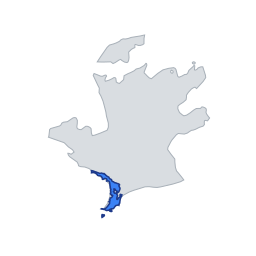 Baku City, Bakı, Azerbaijan shown in context, rotated 111°
{"feature_id": "54616110B61947743987915", "entity_name": "Baku City", "entity_type": "district", "adm_level": 2, "iso_a3": "AZE", "parent_name": "Azerbaijan", "parent_adm1": "Bakı", "projection": "equal_earth", "projection_center": [49.825, 40.136], "detail": "fine", "context": "in_parent", "style": "filled", "palette": "blue", "viewbox_px": 256, "rotation_deg": 111, "n_neighbors": 0, "source": "geoboundaries", "source_scale": "gbopen_adm2", "svg_char_len": 8444}
<svg xmlns="http://www.w3.org/2000/svg" viewBox="0 0 256 256"><g transform="rotate(111 128 128)"><path d="M165.1,199.0L164.2,198.9L157.6,200.6L156.2,200.0L150.7,192.7L149.5,191.8L147.1,191.5L145.7,190.3L144.6,188.3L143.9,186.9L138.2,182.9L137.3,181.4L137.2,180.1L138.1,179.0L139.1,178.0L141.9,177.0L145.2,176.2L146.3,175.5L146.8,174.5L146.8,172.8L146.3,171.1L141.6,168.1L141.0,166.8L140.9,165.2L141.2,163.5L141.9,162.2L145.8,160.4L147.9,158.6L146.6,156.5L142.5,151.8L137.6,146.7L134.3,146.6L130.5,148.1L124.4,152.5L121.0,154.4L116.6,157.5L111.8,161.0L107.9,164.7L105.4,167.7L101.0,169.1L98.8,171.6L91.4,179.3L89.3,179.2L89.3,175.4L89.4,172.4L89.0,170.6L86.7,168.2L86.6,167.2L87.3,166.6L89.1,167.0L91.4,166.8L92.5,165.9L90.1,162.8L87.9,160.7L86.1,159.3L85.7,158.4L85.7,157.8L86.1,157.1L89.3,155.4L89.6,153.8L89.5,152.0L84.4,149.4L80.6,150.4L77.3,147.5L75.1,145.2L72.4,142.8L70.0,141.5L67.8,138.4L63.8,135.3L61.2,134.4L61.2,133.9L61.7,133.4L62.8,132.9L70.0,133.0L70.9,132.5L71.4,131.1L72.4,129.1L73.6,126.2L73.6,123.8L66.4,119.8L61.2,116.2L57.7,111.4L55.3,107.0L55.4,105.5L56.2,104.2L61.9,100.1L62.3,99.1L62.2,98.4L60.2,96.3L57.7,94.2L57.0,92.6L55.4,91.9L52.4,91.8L47.2,89.2L46.1,88.9L45.9,88.4L46.1,87.9L49.9,86.8L49.9,86.0L48.8,84.8L46.7,84.0L44.8,81.9L44.1,80.1L51.0,74.6L53.1,73.5L57.5,74.5L66.6,78.1L65.9,80.1L66.9,81.3L68.9,82.8L73.0,84.4L76.4,85.2L78.1,84.5L80.8,83.9L84.2,85.7L87.3,88.0L88.9,88.9L89.7,89.2L92.2,88.4L95.1,85.5L96.3,81.9L96.6,80.2L95.0,77.9L91.6,75.4L87.7,73.1L85.3,71.2L83.7,67.3L82.1,66.8L81.7,66.3L81.5,65.0L81.6,63.2L82.2,61.8L83.8,61.1L85.3,60.9L86.8,59.6L88.6,56.9L89.4,55.4L92.8,56.3L93.2,58.7L93.8,59.2L95.2,58.9L97.5,57.9L99.4,58.6L101.7,61.5L105.0,64.5L106.7,66.5L107.4,67.9L109.1,69.2L111.5,70.8L113.5,73.3L115.1,79.1L116.9,80.4L123.2,82.6L125.5,83.1L131.7,83.8L133.9,83.3L137.2,78.3L140.2,73.2L142.9,72.1L147.8,69.6L150.7,67.3L152.0,64.8L154.8,60.0L156.5,57.3L159.3,59.7L164.3,66.1L171.4,76.6L173.1,79.6L174.2,83.1L175.2,87.3L176.8,91.0L184.1,100.3L187.2,103.8L192.3,108.2L194.1,109.2L196.5,109.5L200.9,109.5L204.9,111.3L206.9,112.5L209.0,114.3L210.9,116.4L212.8,121.9L205.7,120.1L198.6,120.3L194.6,121.5L190.7,123.1L187.0,125.4L184.7,129.9L182.7,140.2L179.8,149.8L179.9,154.3L181.1,158.6L181.0,160.6L179.6,161.5L178.0,163.3L175.7,172.2L174.6,174.0L173.2,175.1L172.8,174.1L172.9,171.7L169.8,169.7L168.2,172.0L167.0,176.9L164.7,182.0L164.6,183.0L165.1,199.0ZM60.9,107.9L61.2,106.5L60.3,105.9L59.4,105.9L58.6,106.6L58.5,108.3L59.6,108.6L60.9,107.9ZM36.7,148.1L35.7,146.6L35.2,145.8L38.4,145.2L43.6,143.3L45.0,144.2L46.5,146.1L47.2,147.8L47.3,150.9L47.9,151.4L50.5,150.4L51.6,151.6L53.5,153.1L56.9,154.6L61.8,152.3L64.3,151.7L66.3,151.7L67.3,152.4L67.7,154.8L67.2,157.8L66.6,159.4L67.6,160.6L71.6,163.5L73.2,165.1L72.4,167.8L75.2,174.5L76.2,177.2L77.3,180.4L71.2,179.1L60.2,176.4L57.2,175.0L54.4,171.3L52.7,169.4L50.2,167.1L48.2,166.2L46.6,164.6L45.8,162.2L44.5,160.1L42.3,157.5L37.3,148.9L36.7,148.1ZM44.6,90.9L43.9,91.4L42.9,90.9L42.6,89.9L42.7,88.8L43.7,88.5L44.5,88.8L44.8,89.8L44.6,90.9Z" fill="#d9dde1" stroke="#a8b0b8" stroke-width="1"/><path d="M179.1,133.9L179.2,134.2L179.3,134.5L179.4,134.8L179.6,135.3L179.6,135.5L179.5,136.4L179.8,136.9L180.0,137.2L180.2,137.7L180.3,138.0L180.6,138.4L180.5,139.2L180.5,139.6L180.5,140.2L180.6,140.7L180.5,141.2L180.5,141.8L180.6,142.7L180.6,143.4L180.6,144.5L180.6,145.0L180.6,145.4L180.7,145.9L180.8,146.3L180.8,146.7L181.0,146.9L181.3,146.6L181.6,146.4L182.0,146.4L182.3,146.2L182.6,146.1L182.9,146.0L182.6,145.5L182.4,145.2L182.2,144.6L182.0,144.3L181.9,143.7L181.9,143.4L181.8,143.0L181.8,142.7L181.8,142.2L181.9,141.7L182.0,141.4L182.2,141.0L182.2,140.6L182.4,140.3L182.5,140.0L182.8,139.8L183.1,139.5L183.1,139.0L183.1,138.6L182.9,137.8L182.6,137.3L182.6,136.6L182.7,136.0L182.9,135.5L183.1,135.2L183.5,134.5L183.9,134.2L184.1,133.9L184.9,133.7L185.1,133.3L184.9,132.8L184.2,132.3L183.6,132.0L183.3,131.2L183.1,130.7L183.2,130.1L183.1,129.8L183.2,129.6L183.4,129.4L183.8,129.2L184.1,129.1L184.4,129.0L184.6,128.9L184.9,128.8L185.1,128.8L185.0,128.6L184.8,128.1L184.6,127.7L184.5,127.2L184.5,126.7L184.8,126.2L185.1,125.9L185.4,125.8L185.7,125.5L186.0,125.3L186.5,125.0L186.8,124.9L187.2,124.7L187.7,124.4L188.3,124.1L188.7,123.8L189.2,123.5L189.3,123.4L189.5,123.3L189.8,123.2L190.0,123.2L190.4,122.9L190.7,122.8L190.9,122.5L191.0,122.4L191.2,122.1L191.4,122.0L191.7,121.9L192.0,121.9L192.4,121.9L192.7,121.8L192.8,121.7L193.1,121.6L193.4,121.4L193.6,121.3L193.9,121.1L194.2,121.0L194.4,120.9L194.7,120.8L195.0,120.8L195.2,121.0L195.5,120.9L195.8,120.9L196.0,120.7L196.2,120.0L196.2,119.8L196.3,119.4L196.5,119.3L196.7,119.2L196.5,118.7L196.4,118.4L196.5,118.1L196.8,118.1L197.1,118.1L197.3,118.0L197.5,118.0L197.8,118.1L198.1,118.2L198.4,118.3L198.6,118.4L198.8,118.5L199.0,118.7L199.2,118.8L199.4,119.1L199.6,119.1L199.8,119.3L199.8,119.5L200.0,119.5L200.2,119.4L200.5,119.4L201.1,119.4L201.4,119.4L201.5,119.3L201.6,119.1L201.8,119.0L202.1,119.0L202.2,118.8L202.5,118.8L202.7,118.7L202.8,118.7L203.2,118.8L203.3,118.9L203.4,119.0L203.4,118.9L203.5,118.9L203.8,119.1L203.9,118.8L203.9,118.7L204.0,118.5L204.2,118.4L204.4,118.3L204.7,118.2L204.9,118.2L205.2,118.2L205.4,118.2L205.6,118.2L205.8,118.3L206.0,118.4L206.1,118.5L206.3,118.5L206.5,118.5L206.8,118.6L207.1,118.7L207.3,118.8L207.7,118.8L208.0,118.9L208.5,119.0L208.8,119.1L209.2,119.3L209.9,119.6L210.2,119.7L210.7,120.0L211.1,120.2L211.5,120.5L211.9,120.9L212.1,121.2L212.3,121.5L212.5,121.9L212.5,122.4L212.5,122.8L212.6,123.0L212.7,123.5L212.8,123.8L213.1,124.0L213.1,123.9L213.1,123.7L213.1,123.3L212.9,123.2L212.8,122.7L212.8,122.4L212.8,122.2L212.8,121.9L212.8,121.7L212.6,121.4L212.5,120.9L212.5,120.5L212.6,120.1L212.6,119.6L212.7,119.2L212.8,118.6L212.6,118.1L212.3,117.7L212.1,117.3L211.9,116.9L211.7,116.5L211.4,116.2L211.0,116.1L210.6,115.8L210.2,115.5L210.1,115.1L209.9,115.0L209.5,114.7L209.1,114.2L208.9,113.6L208.9,113.2L208.5,112.8L208.1,112.6L207.6,112.4L207.0,112.3L206.3,112.1L205.8,112.0L205.3,111.8L204.8,111.6L204.5,111.3L204.3,110.8L204.0,110.4L203.8,110.1L203.5,109.8L203.3,109.5L203.2,109.2L203.4,108.8L202.8,108.8L201.9,109.1L201.1,109.1L200.9,108.8L199.9,109.2L199.2,109.3L198.2,109.6L196.6,109.8L196.1,109.9L195.7,109.9L195.3,109.9L195.0,109.9L194.7,109.8L194.5,109.7L194.2,109.5L193.8,109.6L193.4,109.7L193.1,109.7L192.8,109.7L192.9,109.9L192.8,110.1L192.6,110.4L192.6,110.7L192.6,111.1L192.7,111.4L193.0,111.5L193.3,111.5L193.5,111.5L193.8,111.3L194.1,111.0L194.5,110.9L195.0,110.9L195.4,111.0L195.7,111.2L196.1,111.4L196.4,111.6L196.7,111.8L196.9,112.0L197.4,112.0L197.9,112.1L198.3,112.1L198.6,112.5L198.6,112.8L198.3,113.0L197.9,113.1L197.6,113.3L197.1,113.4L196.6,113.5L196.0,113.5L195.5,113.5L195.0,113.5L194.6,113.6L194.3,113.9L194.3,114.2L193.9,114.8L193.5,114.8L193.1,114.8L192.8,114.8L192.4,114.7L192.2,114.5L191.7,114.5L191.5,114.3L191.3,113.9L191.1,113.8L190.7,113.7L190.2,113.7L189.2,113.6L188.6,113.6L188.2,113.6L187.9,113.7L187.5,113.8L187.0,113.9L186.6,114.4L186.4,114.6L186.2,114.9L185.6,115.4L185.5,115.5L185.3,115.8L184.8,115.8L184.6,115.7L184.1,115.5L183.9,115.7L183.7,115.9L183.6,116.3L183.6,116.8L183.5,117.3L183.7,118.1L183.6,118.6L183.6,119.1L183.6,119.8L183.8,120.3L183.8,120.8L183.7,121.5L183.4,122.2L183.5,122.8L183.3,123.7L183.2,124.1L182.9,124.4L182.6,124.5L182.2,124.8L182.0,125.4L181.9,125.9L182.0,126.6L181.8,127.2L181.4,127.6L181.1,127.9L180.7,128.4L180.7,128.7L180.7,129.0L180.6,129.4L180.6,129.9L180.5,130.4L180.3,130.8L180.2,131.3L180.1,131.8L179.7,132.2L179.5,132.6L179.5,133.0L179.6,133.6L179.4,133.7L179.1,133.9ZM191.8,115.6L192.1,115.7L192.4,115.6L193.0,115.7L193.4,116.3L193.5,116.4L193.7,116.9L193.7,117.4L193.4,117.6L193.2,117.6L193.1,117.8L192.9,118.3L192.7,118.7L192.6,118.8L192.3,118.7L191.9,118.4L191.6,118.2L191.4,118.2L191.1,118.5L190.8,118.8L190.5,119.1L190.0,119.3L189.7,118.7L189.8,118.1L190.1,117.8L190.4,117.4L190.6,117.1L190.8,116.7L190.9,116.2L190.9,115.9L190.9,115.5L191.1,115.5L191.5,115.5L191.8,115.6ZM219.0,121.0L219.6,120.8L220.6,120.4L220.8,120.2L220.4,119.9L219.7,119.4L219.1,119.0L218.8,118.8L218.2,118.7L217.9,118.8L217.6,119.2L217.9,119.7L218.1,119.8L218.3,120.0L218.2,120.1L217.9,120.5L218.0,120.7L218.1,121.1L218.6,121.2L219.0,121.0ZM211.8,115.4L212.1,115.3L212.1,115.1L212.1,114.7L212.1,114.4L212.1,113.9L211.8,113.4L211.4,113.2L211.1,113.5L210.8,113.7L210.7,113.8L210.8,113.9L210.9,114.2L211.0,114.3L211.3,114.9L211.5,115.4L211.8,115.4Z" fill="#3b82f6" stroke="#1e3a8a" stroke-width="1.5"/></g></svg>